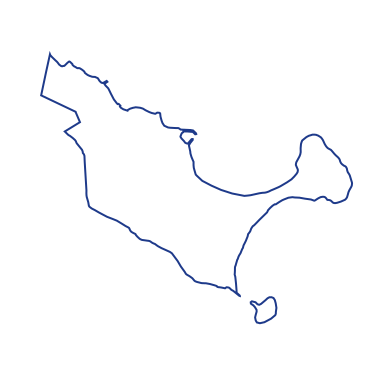 Seltjarnarnesbær, Reykjavík, Iceland, rotated 185°
{"feature_id": "244011B41148599816454", "entity_name": "Seltjarnarnesbær", "entity_type": "district", "adm_level": 2, "iso_a3": "ISL", "parent_name": "Iceland", "parent_adm1": "Reykjavík", "projection": "mercator", "projection_center": [-22.008, 64.155], "detail": "fine", "context": "isolated", "style": "outline", "palette": "blue", "viewbox_px": 384, "rotation_deg": 185, "n_neighbors": 0, "source": "geoboundaries", "source_scale": "gbopen_adm2", "svg_char_len": 5315}
<svg xmlns="http://www.w3.org/2000/svg" viewBox="0 0 384 384"><g transform="rotate(185 192 192)"><path d="M324.0,241.2L322.2,239.7L320.1,238.0L318.5,237.3L315.5,235.4L313.1,233.6L312.0,232.3L311.6,231.3L311.1,230.5L305.3,224.5L304.5,223.0L304.1,221.3L303.2,220.4L302.8,219.8L302.3,218.6L301.5,212.6L300.3,204.5L297.3,184.4L297.1,181.5L296.8,179.4L296.4,177.8L294.5,172.9L293.5,169.2L292.8,168.3L290.4,166.8L287.2,165.5L283.2,163.6L279.7,162.1L274.5,159.9L268.3,158.1L264.4,156.9L259.5,154.5L255.2,152.3L252.3,151.1L251.5,150.6L250.9,149.6L250.6,148.9L249.6,147.6L248.9,147.0L247.0,146.1L245.2,145.4L244.7,145.2L244.0,144.1L242.4,142.6L240.2,140.9L239.2,140.4L237.7,139.9L232.0,139.6L231.4,139.6L230.4,139.5L229.1,139.1L228.2,138.5L227.5,138.1L226.9,137.8L225.8,137.4L224.4,137.0L223.6,136.5L222.0,135.5L221.1,135.0L217.4,133.4L214.2,132.3L208.8,130.4L206.7,129.2L200.3,122.0L196.6,116.8L192.2,111.7L191.1,110.1L190.4,109.5L189.5,109.0L187.3,108.0L185.9,107.2L184.1,106.1L182.7,104.7L181.8,103.8L180.9,103.3L179.1,102.8L176.5,102.4L174.8,102.1L173.0,102.1L172.9,102.1L170.3,102.3L166.1,101.9L161.3,101.0L159.2,100.5L158.9,100.1L158.5,99.7L157.5,99.5L156.2,99.5L154.5,99.4L151.7,99.1L151.3,99.0L150.6,99.0L150.4,99.2L149.7,99.8L149.3,100.1L148.3,100.1L147.1,100.0L146.4,99.7L145.5,99.0L145.0,98.6L144.3,98.0L142.3,97.1L135.8,92.7L135.3,92.6L135.4,93.0L138.8,95.6L139.1,98.1L140.1,104.2L141.5,111.4L142.3,113.5L142.3,115.1L142.4,117.6L142.6,120.2L142.6,121.1L142.0,123.2L142.0,123.5L141.0,128.5L140.6,129.2L140.0,131.7L139.3,133.4L138.4,135.1L137.1,139.3L136.4,140.8L136.0,143.3L135.0,145.7L134.0,148.3L133.4,150.4L133.1,151.3L132.7,152.7L132.5,154.4L132.4,155.0L131.9,155.7L131.1,157.0L130.6,157.9L129.8,160.8L128.5,163.2L127.6,163.9L126.6,165.0L125.3,166.6L125.2,166.7L122.4,170.2L118.1,175.2L115.5,178.2L115.0,179.4L114.7,180.4L112.8,182.9L110.5,185.4L108.6,186.9L107.5,187.0L104.5,189.4L101.5,191.6L99.9,192.5L95.5,194.7L91.5,195.6L89.2,195.5L84.5,195.7L78.9,195.2L72.8,194.9L71.0,194.4L70.6,194.3L69.5,194.0L68.6,194.4L67.5,195.3L66.1,196.4L65.4,196.9L63.4,198.1L61.6,198.6L60.1,198.7L58.8,198.3L58.1,197.7L57.4,197.0L56.7,196.1L56.0,195.9L55.1,196.0L53.7,195.8L53.2,195.6L52.5,195.2L50.8,193.8L49.7,193.4L48.4,193.4L46.5,193.9L42.9,195.4L38.9,197.6L37.8,198.9L37.1,200.3L36.6,202.7L36.1,205.5L35.4,207.5L33.9,210.8L33.4,212.2L33.3,214.4L33.5,215.4L36.2,222.1L36.9,223.3L38.1,224.8L38.4,225.1L38.5,225.3L39.2,226.8L39.8,228.9L40.7,230.3L41.4,230.9L43.0,231.5L44.9,232.7L46.1,233.8L47.0,235.3L47.7,237.1L48.3,238.0L49.5,239.2L52.0,241.1L53.6,242.5L55.0,243.9L56.1,245.0L57.3,246.1L59.0,246.8L60.5,247.5L61.6,248.4L62.7,249.6L64.0,251.4L66.1,255.1L67.3,256.6L68.4,257.7L69.9,258.5L71.3,259.2L73.5,259.8L75.4,259.8L77.1,259.6L78.2,259.1L80.5,258.2L82.8,256.7L83.2,256.3L85.6,254.0L86.7,252.9L87.2,251.3L87.6,249.3L87.6,246.7L87.6,245.1L87.2,241.2L87.4,239.1L88.0,236.9L88.3,236.2L90.7,230.7L90.9,229.0L90.9,228.0L90.7,227.7L90.3,226.8L88.6,223.7L88.4,222.5L88.6,220.9L89.4,219.3L91.5,216.3L94.0,213.3L98.2,209.9L104.5,205.4L106.3,204.3L110.7,201.9L113.4,200.5L114.2,200.0L115.7,199.1L117.7,198.2L119.3,197.7L121.9,197.3L124.8,196.6L133.4,193.9L136.2,193.3L139.5,192.7L151.8,194.0L163.2,196.6L173.1,200.0L182.7,204.0L188.7,208.7L189.8,209.7L190.6,211.7L191.4,213.8L192.3,216.2L192.8,218.9L193.1,222.2L194.4,224.6L195.6,226.9L196.9,230.2L197.3,232.3L198.3,235.5L199.0,237.7L199.1,238.0L198.9,238.7L198.1,240.5L195.8,244.0L195.9,244.8L196.4,244.8L197.0,244.6L200.4,239.8L201.8,240.0L203.1,240.5L204.3,241.9L207.1,244.4L208.3,246.0L208.3,246.5L207.5,249.2L207.0,250.0L206.0,250.8L205.9,251.6L201.7,251.9L196.7,251.9L196.1,251.7L193.9,249.8L193.1,249.9L192.8,250.1L193.2,250.9L196.3,253.4L198.9,253.6L208.8,253.2L210.2,254.1L211.4,254.5L213.4,254.3L216.2,254.2L219.4,254.1L221.5,254.2L225.4,255.6L227.4,258.1L228.5,260.4L229.9,264.2L230.6,267.6L231.7,268.1L233.6,268.0L234.8,267.1L235.5,266.7L239.0,267.2L241.5,267.9L245.4,269.4L248.2,270.8L251.0,271.4L255.4,271.5L258.2,270.7L260.9,269.6L263.1,268.1L263.3,267.4L267.6,268.4L270.3,269.8L271.2,270.8L270.9,271.2L270.8,271.7L272.8,273.4L273.2,273.3L273.8,273.1L274.9,274.1L276.6,276.0L277.8,277.3L278.6,278.5L281.4,282.9L283.3,286.1L284.5,288.0L287.3,290.4L287.5,290.6L288.7,292.1L285.9,294.4L286.7,295.2L289.9,293.0L290.1,292.8L291.8,293.0L292.7,293.7L293.4,294.2L294.2,295.1L295.6,297.0L296.1,297.3L297.3,297.7L298.7,298.2L300.0,298.1L300.3,298.1L301.5,298.1L304.3,298.8L306.2,299.5L307.5,300.3L308.9,301.2L309.3,301.6L309.5,302.2L310.3,303.0L312.1,304.2L313.8,305.1L314.7,305.5L315.6,305.6L316.2,305.4L317.0,305.4L317.8,305.7L319.0,306.4L320.2,306.8L321.9,308.0L322.3,308.7L322.4,309.1L324.8,311.0L325.5,311.3L325.9,311.2L327.3,309.9L328.8,308.1L330.0,306.7L330.5,306.4L331.2,306.4L331.8,306.1L332.4,305.9L333.4,306.1L335.5,307.4L336.9,309.0L337.8,309.9L340.0,311.6L343.2,314.2L345.1,316.0L345.5,316.8L347.8,299.0L350.7,275.1L315.0,261.8L315.0,261.7L309.7,251.8L324.0,241.2ZM121.0,84.4L119.3,82.8L117.4,80.2L117.2,78.4L117.8,75.3L118.2,72.5L117.3,69.5L116.0,67.7L112.9,67.2L108.5,68.6L102.2,72.7L98.3,76.6L97.9,78.0L98.0,79.8L97.8,83.9L98.9,88.4L100.1,91.6L101.6,93.5L103.6,94.1L105.7,93.9L107.5,92.7L109.3,90.7L113.4,86.6L115.0,85.6L115.3,85.5L117.0,85.9L119.1,87.7L122.8,88.3L123.9,87.3L123.6,85.9L121.0,84.4Z" fill="none" stroke="#1e3a8a" stroke-width="2"/></g></svg>